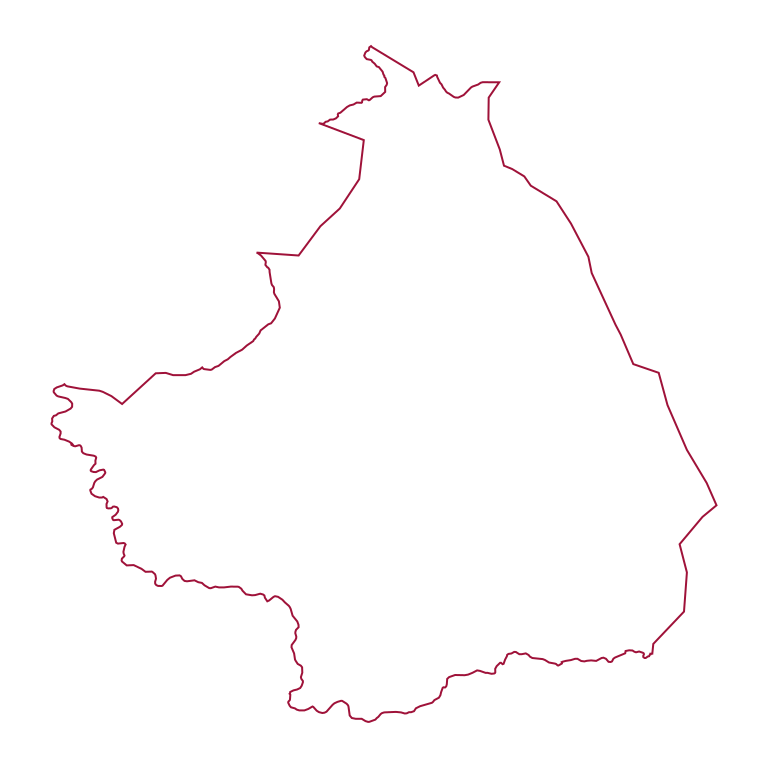 Arbulag, Hövsgöl, Mongolia (Natural Earth projection)
{"feature_id": "93677404B38396259035136", "entity_name": "Arbulag", "entity_type": "district", "adm_level": 2, "iso_a3": "MNG", "parent_name": "Mongolia", "parent_adm1": "Hövsgöl", "projection": "natural_earth1", "projection_center": [99.205, 49.962], "detail": "fine", "context": "isolated", "style": "outline", "palette": "rose", "viewbox_px": 768, "rotation_deg": 0, "n_neighbors": 0, "source": "geoboundaries", "source_scale": "gbopen_adm2", "svg_char_len": 6000}
<svg xmlns="http://www.w3.org/2000/svg" viewBox="0 0 768 768"><path d="M499.2,82.3L482.7,82.2L480.6,82.8L478.2,84.5L472.4,86.6L471.0,87.5L463.7,95.0L458.2,97.6L455.4,97.5L453.8,96.9L448.8,93.4L447.4,92.8L446.0,91.5L444.9,89.7L443.1,87.6L441.5,84.3L440.0,82.8L437.2,76.9L436.9,75.5L435.2,74.9L434.0,75.5L418.8,85.6L413.5,72.3L372.1,47.2L371.0,46.1L369.3,47.4L368.9,49.9L368.4,50.5L366.6,51.3L365.4,52.5L364.2,55.6L364.8,57.0L366.7,59.1L370.8,59.9L371.6,60.4L372.2,61.6L374.7,63.7L376.7,66.4L378.9,67.1L382.6,71.7L383.5,74.6L384.3,75.6L384.3,76.8L385.4,78.0L387.1,83.1L386.7,84.8L385.1,87.1L385.2,91.9L380.7,96.1L374.3,96.6L372.7,97.3L369.7,100.0L368.9,100.3L366.8,99.2L362.9,99.6L362.3,100.4L362.0,102.4L361.5,102.8L356.7,102.6L353.5,104.5L349.8,105.4L347.0,107.0L340.4,112.7L338.2,113.5L337.8,114.4L338.1,116.3L335.9,118.4L333.2,119.5L330.1,119.6L327.7,121.4L325.6,121.8L324.2,123.2L323.0,123.9L318.8,123.1L363.8,140.1L359.2,179.2L339.8,208.5L320.4,226.2L298.6,255.5L256.6,252.6L258.2,253.4L261.0,255.5L265.6,261.0L265.8,262.1L265.4,264.9L267.3,267.3L268.2,267.7L269.5,269.7L269.6,272.1L271.4,283.4L272.0,285.0L273.8,287.2L274.1,289.1L273.9,292.3L274.4,293.9L278.9,301.3L279.8,307.7L274.9,318.5L271.1,323.3L268.3,324.3L260.6,330.4L259.2,333.6L256.2,336.9L255.2,338.6L254.1,339.4L253.2,341.1L246.8,345.5L242.1,349.7L236.0,352.9L230.4,357.0L227.8,359.3L224.3,361.1L218.5,365.9L215.0,367.1L211.7,369.6L210.3,369.9L204.2,369.1L203.5,368.9L202.2,367.4L199.9,369.3L194.1,371.7L191.0,373.8L185.6,375.1L173.0,375.1L165.8,372.9L155.7,373.3L122.1,404.0L111.4,396.1L102.7,391.8L99.3,390.7L79.7,388.6L70.4,386.9L67.2,386.3L65.6,385.5L64.4,384.2L62.7,385.4L56.8,387.4L54.3,389.0L53.6,391.1L53.8,392.3L56.6,395.6L58.2,396.4L65.3,398.0L67.9,398.9L71.3,402.2L72.2,403.7L72.1,406.8L70.6,408.6L65.5,411.5L58.3,413.4L56.0,415.3L53.8,415.9L52.1,418.5L52.3,421.4L51.5,423.3L51.6,424.4L54.4,427.3L59.2,429.8L60.6,431.5L60.6,433.5L59.4,437.0L59.7,438.3L60.7,439.0L64.4,439.7L69.1,441.6L71.9,443.5L72.9,444.8L72.6,445.0L71.2,443.8L71.5,444.9L73.7,446.0L75.2,446.3L79.0,445.2L79.9,445.3L80.7,445.9L81.6,447.6L81.9,451.6L83.3,453.2L86.5,454.5L93.8,455.7L95.7,456.6L96.2,457.7L95.4,460.6L95.5,463.7L93.9,465.2L90.8,469.6L90.7,470.6L91.2,471.2L93.6,472.0L95.9,472.1L99.6,470.3L103.3,469.6L104.1,469.9L105.2,472.1L105.3,472.8L104.8,473.7L102.4,476.9L97.0,479.6L95.2,481.4L94.3,482.9L92.9,487.4L91.8,488.8L90.4,489.6L90.3,490.5L91.5,493.7L95.0,496.2L99.1,497.5L102.1,497.5L103.2,496.9L106.5,499.0L107.6,501.4L106.5,504.0L106.6,507.3L106.9,508.0L108.2,508.4L110.9,508.3L111.9,507.8L112.9,506.7L114.2,506.5L116.8,507.2L118.0,508.5L118.3,510.1L117.9,511.8L115.6,514.8L112.3,517.1L112.2,518.0L113.0,519.8L113.8,520.2L118.6,519.7L119.6,520.1L121.0,521.4L122.2,523.9L121.9,525.0L119.9,526.8L114.4,529.8L113.8,533.2L116.2,542.7L117.9,543.6L123.6,543.0L124.7,543.4L125.6,544.5L124.5,546.9L123.4,551.9L123.7,553.7L124.5,555.5L124.2,556.3L121.9,558.6L121.6,560.5L122.0,561.5L126.7,565.4L133.7,565.1L141.6,568.9L145.5,571.8L151.8,571.6L152.8,572.2L155.0,574.2L155.5,575.5L156.0,578.7L155.1,581.8L155.2,583.7L156.3,585.1L158.0,585.9L161.4,586.0L162.5,585.7L167.3,579.9L170.0,577.7L175.5,575.6L179.6,575.4L181.0,576.3L182.3,578.9L184.5,580.9L187.0,581.3L194.5,580.3L198.3,582.2L201.9,582.9L204.5,585.3L209.2,588.1L210.8,588.2L215.3,586.6L219.0,587.4L224.0,587.4L230.9,586.6L237.8,586.7L238.8,586.9L241.3,588.7L242.5,590.7L246.0,594.3L252.0,595.3L255.1,595.1L260.2,593.7L263.1,594.5L264.4,595.5L264.9,597.7L267.3,601.3L269.1,600.5L273.5,596.9L275.0,596.2L278.0,596.8L282.4,599.7L284.9,602.4L288.9,605.9L289.9,607.3L290.7,609.0L292.6,615.7L297.3,621.5L298.5,624.8L298.6,627.2L296.0,629.9L295.4,631.9L295.3,633.2L296.3,636.6L296.2,638.2L295.4,640.0L291.7,645.0L291.5,647.3L294.1,653.4L295.0,659.5L295.6,660.7L297.7,663.9L300.9,665.7L302.1,667.3L302.3,672.7L300.9,677.1L301.3,678.8L302.9,681.0L302.9,682.3L301.7,685.7L300.2,688.0L297.1,689.5L293.4,690.4L290.2,692.0L290.0,693.3L289.6,693.8L290.3,694.6L290.3,695.1L290.0,699.3L289.7,700.3L288.4,701.6L288.2,702.7L289.7,705.8L291.0,707.3L295.0,708.4L296.7,709.6L299.3,710.4L304.4,710.4L308.2,709.0L312.5,706.5L313.3,706.9L316.7,710.7L318.9,712.1L322.3,713.0L324.5,712.7L326.5,711.7L332.6,704.8L334.4,703.3L337.4,701.9L341.1,700.8L342.2,700.9L346.6,703.7L348.1,705.4L348.5,706.7L349.7,715.5L351.8,718.0L355.7,718.8L361.7,718.8L365.5,721.1L368.1,721.9L369.4,721.8L375.4,719.6L376.7,718.1L378.3,716.9L380.7,714.0L382.0,713.1L384.2,712.4L395.9,711.9L401.0,712.4L404.8,713.5L406.8,713.3L409.0,712.2L411.1,712.2L414.0,711.2L415.9,708.3L420.1,706.2L431.9,702.8L433.0,701.9L434.4,700.1L438.9,697.7L440.4,695.2L441.1,692.2L442.7,687.8L443.4,687.3L445.0,687.5L446.2,686.4L446.8,684.3L447.2,678.9L449.1,677.1L455.1,675.0L464.7,675.2L468.1,674.6L472.5,672.8L477.1,670.4L480.0,670.9L485.7,672.9L487.3,672.8L491.5,673.8L494.2,673.5L494.9,673.1L495.3,672.3L495.2,668.8L496.7,666.1L500.1,662.8L501.0,662.8L502.6,664.2L503.6,663.8L505.1,659.6L506.9,656.2L507.2,654.8L508.5,653.9L511.4,653.5L514.2,651.9L515.9,652.0L519.3,654.2L521.7,654.2L525.8,653.4L528.6,655.0L529.9,656.6L532.3,658.0L542.7,659.1L545.0,660.0L549.0,662.5L555.0,663.6L556.1,664.0L557.6,665.4L558.4,665.5L561.9,663.5L562.1,662.8L561.7,662.1L562.3,661.8L565.7,660.9L570.8,660.1L575.1,658.8L577.5,658.8L581.2,661.0L584.4,661.4L586.9,660.8L591.1,660.4L596.2,660.9L601.6,658.0L603.5,657.7L606.0,658.8L608.5,661.8L610.7,662.0L612.0,661.4L613.4,658.7L615.1,657.5L625.2,653.3L625.6,651.0L629.2,650.3L632.5,650.5L634.3,651.7L636.0,652.3L639.1,651.5L642.7,652.7L643.5,653.1L644.0,654.1L643.2,656.0L643.4,657.2L644.6,658.0L645.7,658.0L647.8,656.5L649.1,656.2L650.3,653.8L650.9,654.2L651.7,653.5L652.3,653.6L653.3,643.9L684.0,611.6L686.9,572.4L679.6,544.2L702.5,516.9L716.5,505.3L706.7,483.0L686.9,449.9L667.5,405.1L658.7,372.8L633.3,364.1L620.7,334.6L615.5,324.7L591.7,273.0L588.4,256.8L571.0,223.6L556.5,201.3L530.8,185.7L524.3,176.4L512.1,169.0L504.0,165.7L499.8,149.5L488.4,119.7L488.7,97.6L499.2,82.3Z" fill="none" stroke="#9f1239" stroke-width="2"/></svg>